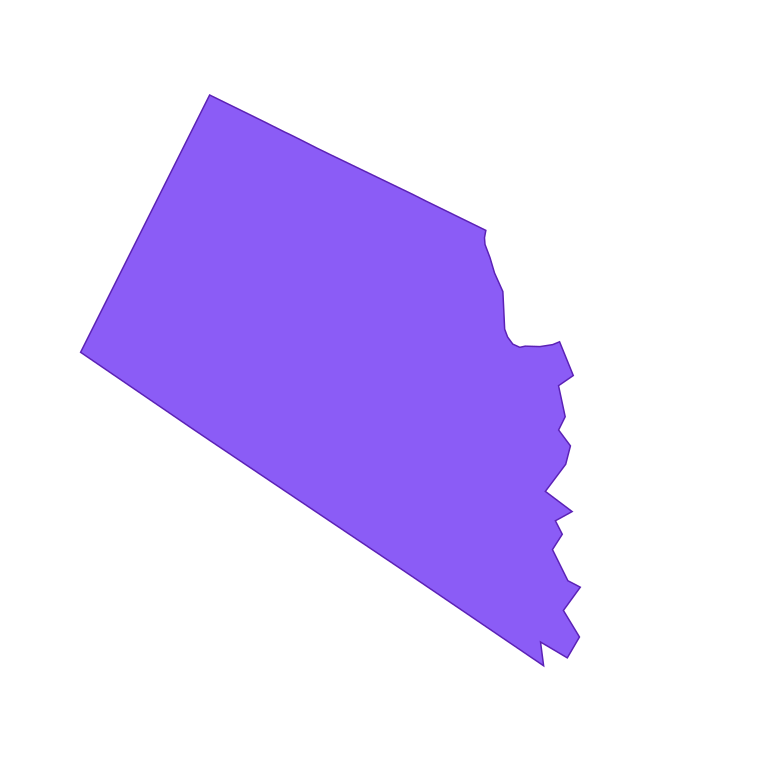 Dearborn, Indiana, United States of America, rotated 296°
{"feature_id": "52423323B83355931672108", "entity_name": "Dearborn", "entity_type": "district", "adm_level": 2, "iso_a3": "USA", "parent_name": "United States of America", "parent_adm1": "Indiana", "projection": "equal_earth", "projection_center": [-84.939, 39.121], "detail": "fine", "context": "isolated", "style": "filled", "palette": "violet", "viewbox_px": 768, "rotation_deg": 296, "n_neighbors": 0, "source": "geoboundaries", "source_scale": "gbopen_adm2", "svg_char_len": 746}
<svg xmlns="http://www.w3.org/2000/svg" viewBox="0 0 768 768"><g transform="rotate(296 384 384)"><path d="M200.7,651.0L220.7,637.8L218.2,668.8L242.3,670.6L259.1,644.5L287.4,649.5L287.8,635.5L309.0,608.0L327.1,610.1L336.2,598.0L351.8,609.0L358.2,576.1L391.5,582.5L410.1,578.7L419.2,561.1L434.0,561.2L459.0,541.6L474.6,550.4L498.9,523.3L493.3,518.3L486.0,507.8L479.9,494.3L476.5,490.0L476.3,482.3L480.4,474.5L486.2,468.4L507.2,456.9L519.2,450.3L532.2,434.7L544.0,423.9L553.7,413.6L559.5,410.2L566.7,408.2L566.8,341.0L567.0,327.8L566.6,233.7L566.6,220.6L567.0,194.3L567.0,188.9L566.9,184.0L567.1,167.3L567.2,152.3L567.3,100.6L279.5,97.4L260.3,228.2L256.8,252.9L223.5,492.8L200.7,651.0Z" fill="#8b5cf6" stroke="#5b21b6" stroke-width="1.5"/></g></svg>